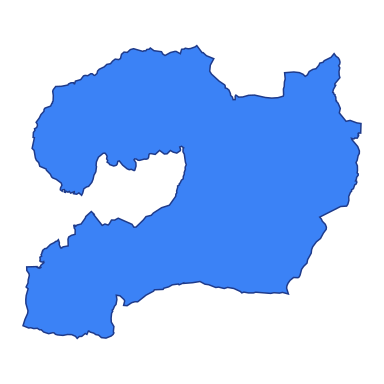 outline of Tilisca, Sibiu, Romania
{"feature_id": "2599482B75916194776070", "entity_name": "Tilisca", "entity_type": "district", "adm_level": 2, "iso_a3": "ROU", "parent_name": "Romania", "parent_adm1": "Sibiu", "projection": "mercator", "projection_center": [23.791, 45.786], "detail": "fine", "context": "isolated", "style": "filled", "palette": "blue", "viewbox_px": 384, "rotation_deg": 0, "n_neighbors": 0, "source": "geoboundaries", "source_scale": "gbopen_adm2", "svg_char_len": 5824}
<svg xmlns="http://www.w3.org/2000/svg" viewBox="0 0 384 384"><path d="M340.0,62.1L339.4,59.7L338.3,57.9L336.0,56.2L334.1,53.6L331.1,57.3L324.2,60.7L323.0,62.3L319.8,63.1L318.9,65.2L316.0,68.7L312.8,69.4L309.2,71.5L307.4,74.9L305.2,76.4L303.1,74.3L299.4,72.6L293.8,72.0L284.6,72.7L285.2,79.0L284.4,82.0L284.2,86.6L283.4,89.0L283.6,94.8L283.2,96.2L277.9,97.7L271.7,98.1L265.4,97.5L254.6,95.1L248.6,95.3L242.6,97.0L238.7,97.1L235.9,95.1L235.2,96.1L235.2,99.6L233.1,99.7L232.4,97.1L230.6,95.4L230.4,93.5L228.9,90.0L226.9,88.4L225.2,87.9L225.2,86.0L224.7,84.9L219.2,81.2L211.5,74.1L209.7,71.2L210.3,65.2L213.8,58.7L206.4,55.7L203.1,52.6L202.1,52.7L196.8,45.6L195.1,46.9L190.6,48.5L188.3,48.8L185.2,48.2L184.3,49.0L181.6,49.3L180.3,53.7L176.1,51.4L174.9,51.4L170.5,52.5L165.0,55.5L162.8,54.0L161.5,51.7L154.0,50.7L150.3,48.0L149.2,49.2L146.8,49.5L145.8,50.8L143.9,50.8L142.9,51.4L133.6,48.7L130.3,49.6L127.3,52.4L124.0,52.1L121.5,54.3L120.5,58.5L118.7,59.6L115.2,59.1L112.5,61.2L110.5,63.7L106.8,64.4L104.2,66.9L99.3,69.2L97.6,71.0L97.0,73.5L94.8,75.4L94.0,75.3L92.3,73.8L90.8,73.7L87.8,75.7L85.1,75.4L83.5,75.9L80.7,79.6L75.4,81.1L74.6,83.8L73.9,83.6L73.5,82.7L70.9,82.8L68.5,84.0L67.9,85.0L61.4,86.3L55.7,86.5L53.3,89.6L52.7,91.2L53.3,95.5L53.1,101.0L52.5,101.9L52.4,103.1L51.9,103.3L50.6,106.1L45.0,108.1L44.1,109.3L43.9,111.4L41.0,114.5L39.3,118.0L36.1,122.3L37.3,124.0L37.4,125.8L36.6,127.6L34.5,128.8L35.0,130.3L33.4,132.4L33.1,137.4L34.4,137.7L32.1,148.4L34.1,150.4L35.4,158.0L36.4,160.3L38.7,162.6L39.8,166.3L46.1,169.0L46.4,170.2L50.4,174.3L51.6,176.9L52.7,177.9L56.2,179.3L61.2,183.0L61.9,185.2L60.5,188.0L60.3,189.8L62.2,191.2L62.7,189.8L64.4,189.6L65.0,191.1L64.2,191.7L64.4,192.1L65.5,192.4L66.2,191.3L68.0,192.2L69.2,191.4L70.6,193.1L74.3,191.7L74.3,192.4L73.4,192.8L73.5,193.7L76.7,194.2L78.9,192.9L81.6,195.3L82.7,193.1L83.8,188.8L86.6,186.9L88.6,186.4L91.8,182.4L93.1,179.1L93.9,175.3L95.8,171.8L96.5,166.6L96.1,165.5L96.4,161.9L98.4,157.2L103.1,153.3L104.9,153.1L106.2,154.5L107.1,156.3L106.6,158.9L107.7,160.3L107.1,162.2L108.8,163.2L109.7,164.6L113.7,166.0L115.3,165.6L116.5,165.1L117.2,164.0L117.8,161.4L119.3,160.9L122.6,165.1L127.1,168.8L129.2,169.7L131.3,169.3L134.1,170.6L134.8,170.2L136.0,166.1L135.9,162.7L134.0,159.8L134.6,158.9L136.5,159.1L137.9,160.2L139.4,160.4L144.3,159.1L146.2,159.2L147.8,158.7L148.6,157.4L149.0,154.4L149.5,153.8L151.0,153.6L155.2,154.4L159.6,150.4L164.3,154.0L167.1,153.8L170.4,150.5L173.1,152.1L176.8,153.1L180.3,150.7L180.5,149.4L179.7,147.0L181.6,146.3L183.7,147.9L183.1,148.5L183.0,151.8L184.3,154.2L185.4,162.1L186.3,164.8L185.3,166.8L185.1,168.1L185.4,169.1L184.2,172.5L184.3,174.1L183.3,176.3L183.2,178.8L181.4,180.2L180.2,182.9L179.3,183.7L179.4,184.8L177.6,186.0L177.7,187.2L176.6,191.0L176.8,192.9L175.9,194.1L175.7,196.3L169.4,205.2L161.6,207.7L153.4,213.0L151.3,215.3L146.0,216.6L143.3,220.0L136.0,227.1L133.9,227.2L132.0,224.3L118.2,218.2L114.7,220.1L111.5,220.0L109.3,223.8L108.1,225.0L104.9,224.0L102.2,225.4L93.6,214.5L94.1,214.2L91.3,211.5L85.8,216.5L85.2,218.2L81.1,224.0L77.1,225.0L75.5,226.4L74.9,225.2L73.8,225.4L74.3,228.3L75.2,229.5L75.1,234.3L71.5,235.3L68.7,237.0L68.0,239.2L68.2,245.9L63.3,246.8L61.8,247.5L61.7,248.0L60.6,247.9L59.2,244.5L59.4,242.8L58.4,239.7L56.9,241.2L55.7,241.4L54.2,242.6L50.4,244.5L46.5,248.4L44.8,248.6L42.6,250.4L42.6,251.7L42.1,251.9L41.7,253.9L41.1,254.5L41.6,256.2L39.9,257.2L40.3,259.9L39.9,260.2L40.0,261.2L40.7,261.7L43.2,262.2L43.7,261.7L43.9,262.7L41.0,265.1L40.3,266.6L40.9,267.5L39.8,268.1L39.6,267.4L39.1,267.2L38.4,268.0L37.1,267.3L37.1,266.6L26.7,266.9L26.8,270.5L29.0,273.7L29.3,275.5L28.2,279.9L28.0,283.1L26.1,287.0L28.1,288.8L26.2,295.5L25.8,299.6L25.9,303.5L28.0,310.8L27.6,313.5L25.0,319.3L23.0,325.7L28.7,328.0L30.8,327.7L33.8,328.6L37.3,328.3L39.6,329.8L41.3,329.8L43.6,332.0L48.7,333.7L52.7,332.7L53.9,332.8L55.5,334.3L57.6,334.9L63.0,335.4L67.4,334.5L71.7,334.6L75.5,336.3L77.2,338.4L79.3,336.5L81.7,336.4L85.2,333.5L86.9,334.4L88.4,331.1L88.9,331.0L90.2,332.1L93.7,333.1L95.8,334.6L98.6,335.1L101.4,337.6L106.0,338.1L111.2,336.0L113.1,334.4L113.9,332.9L113.5,332.6L113.4,331.1L113.9,326.5L111.3,322.1L111.1,318.2L111.6,313.2L112.7,311.2L112.2,310.1L113.2,309.3L114.5,306.2L116.0,304.4L116.9,299.5L116.3,295.2L120.0,295.8L124.1,299.6L124.7,301.0L123.6,305.4L127.1,305.7L131.7,302.7L135.0,301.7L137.7,301.8L146.1,295.1L153.6,291.1L154.4,289.8L163.1,289.4L163.9,288.2L168.6,286.9L172.4,284.8L178.3,284.0L179.1,284.8L183.7,282.9L183.7,283.4L192.6,282.7L200.0,281.5L205.0,284.2L208.7,284.7L215.8,287.5L218.5,287.1L224.2,288.5L227.6,287.4L233.9,288.5L240.4,291.5L241.8,292.9L243.9,292.1L248.4,292.9L253.5,292.9L255.6,292.2L270.7,293.4L273.9,292.7L279.5,293.1L282.5,292.4L288.4,294.0L286.6,288.2L286.9,285.8L288.1,283.1L290.1,280.3L293.6,277.5L298.0,277.7L299.2,276.9L300.1,275.0L301.6,269.3L303.6,266.4L307.0,263.1L307.6,259.7L311.2,253.2L311.6,249.7L312.7,246.8L316.4,241.8L320.5,238.5L323.4,233.1L326.2,229.3L326.4,227.2L325.3,224.3L322.3,221.2L321.4,219.1L319.7,217.1L340.6,206.5L346.6,206.1L347.9,204.1L348.9,200.4L348.7,196.6L350.4,192.4L351.6,191.2L351.6,189.7L353.4,188.7L354.7,184.8L355.9,184.3L356.8,182.5L356.6,181.1L355.5,180.9L356.4,179.1L356.6,177.4L358.2,175.2L358.2,173.9L357.1,172.9L357.5,170.6L357.4,165.8L356.0,162.6L357.2,160.2L358.1,155.7L359.3,153.5L359.4,150.9L357.7,146.5L352.0,139.7L351.5,138.3L353.9,139.0L354.6,138.1L357.3,138.1L358.6,135.8L358.1,135.6L358.6,134.0L358.1,133.9L358.1,133.4L358.8,132.9L360.7,133.1L361.0,123.5L356.9,122.9L350.1,120.4L346.1,121.3L339.3,112.9L340.3,108.4L338.1,103.2L336.2,101.1L336.4,100.6L335.9,100.2L335.8,97.0L335.0,95.9L335.0,94.7L333.7,93.9L333.6,92.8L332.7,92.4L333.4,89.4L335.7,85.3L334.8,85.0L334.9,83.7L339.9,77.7L339.2,75.2L339.0,71.4L339.8,67.8L338.6,65.7L339.7,64.1L340.0,62.1Z" fill="#3b82f6" stroke="#1e3a8a" stroke-width="1.5"/></svg>